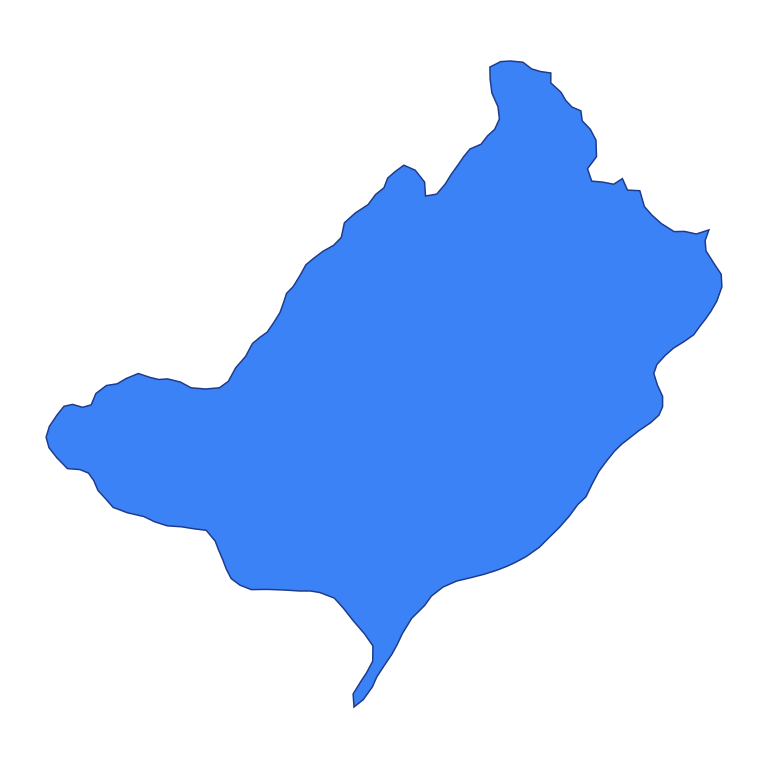 Periquito, Minas Gerais, Brazil (Albers equal-area conic projection)
{"feature_id": "56859067B61027947729377", "entity_name": "Periquito", "entity_type": "district", "adm_level": 2, "iso_a3": "BRA", "parent_name": "Brazil", "parent_adm1": "Minas Gerais", "projection": "albers", "projection_center": [-42.236, -19.085], "detail": "fine", "context": "isolated", "style": "filled", "palette": "blue", "viewbox_px": 768, "rotation_deg": 0, "n_neighbors": 0, "source": "geoboundaries", "source_scale": "gbopen_adm2", "svg_char_len": 2265}
<svg xmlns="http://www.w3.org/2000/svg" viewBox="0 0 768 768"><path d="M67.4,468.6L80.0,469.6L88.5,473.1L93.8,480.6L98.0,490.5L105.0,498.1L113.1,507.4L127.5,512.8L143.7,516.5L154.9,521.9L167.2,525.8L181.6,526.8L193.4,528.7L206.2,530.3L215.2,541.1L218.5,549.7L222.7,559.6L226.4,569.3L231.2,578.6L240.0,585.2L251.3,589.6L267.3,589.4L284.3,590.0L299.7,591.0L310.5,591.0L319.7,592.5L334.2,598.0L343.2,608.0L353.4,620.9L364.8,634.2L372.9,645.9L372.7,661.2L366.6,672.7L361.0,681.2L353.1,694.0L354.0,707.0L363.3,699.6L372.3,687.0L376.9,676.7L384.1,665.7L391.9,654.2L397.3,644.3L402.4,633.5L411.7,618.3L424.6,605.5L431.5,596.0L442.9,587.1L456.5,581.1L471.1,577.6L484.7,574.1L497.4,570.0L507.4,566.1L515.9,562.1L526.1,556.6L539.3,547.3L549.8,536.8L559.1,527.7L569.1,516.3L577.9,504.4L585.9,496.9L592.2,483.9L598.8,471.5L605.7,462.1L614.2,451.5L621.7,444.1L629.2,438.3L638.8,430.7L650.5,422.8L658.9,415.2L662.6,406.7L662.6,396.4L657.5,385.3L653.8,373.5L656.9,364.5L665.0,355.6L673.5,348.1L683.9,341.7L693.8,334.7L699.5,326.7L705.0,319.7L710.7,311.6L716.8,301.1L721.9,286.8L721.2,274.3L714.0,263.5L706.0,250.9L705.1,240.6L708.9,229.9L696.3,234.0L684.5,231.4L674.1,231.6L661.2,223.5L651.9,215.1L644.4,206.6L639.8,190.7L627.5,190.1L622.4,178.6L613.7,184.2L602.5,182.1L591.7,181.1L587.5,168.7L596.5,156.7L596.0,140.2L590.3,129.3L582.2,120.8L580.9,110.9L571.9,107.0L565.7,100.4L561.1,92.4L550.8,82.9L550.8,73.0L540.4,71.5L531.6,68.9L522.9,62.2L510.3,61.0L500.7,61.6L489.9,67.0L490.1,79.0L491.9,93.0L498.0,106.8L499.4,119.0L494.7,129.3L487.5,135.9L481.1,144.2L470.1,148.9L463.7,156.6L458.5,164.2L451.0,174.7L445.1,184.2L436.7,194.1L425.5,196.0L424.6,182.1L415.2,170.2L403.8,165.2L394.9,171.8L387.7,178.0L384.0,187.7L375.6,194.5L368.1,204.6L355.4,212.9L344.4,222.8L341.3,237.4L333.6,245.3L322.8,251.4L312.9,258.9L305.9,264.8L299.8,275.8L293.1,286.7L286.6,293.3L283.7,302.2L280.0,312.5L274.0,322.2L267.2,332.1L259.7,337.5L252.4,343.6L245.6,356.4L235.7,367.8L228.3,381.4L219.4,387.8L205.6,389.0L191.1,387.8L180.3,382.0L167.6,378.9L158.6,379.5L150.0,377.4L138.3,373.5L126.2,378.5L117.2,383.8L106.4,385.5L95.9,393.5L91.2,404.8L82.7,407.3L72.5,404.4L64.0,406.3L57.1,414.9L49.4,426.3L46.1,437.2L49.0,447.7L56.9,457.8L67.4,468.6Z" fill="#3b82f6" stroke="#1e3a8a" stroke-width="1.5"/></svg>